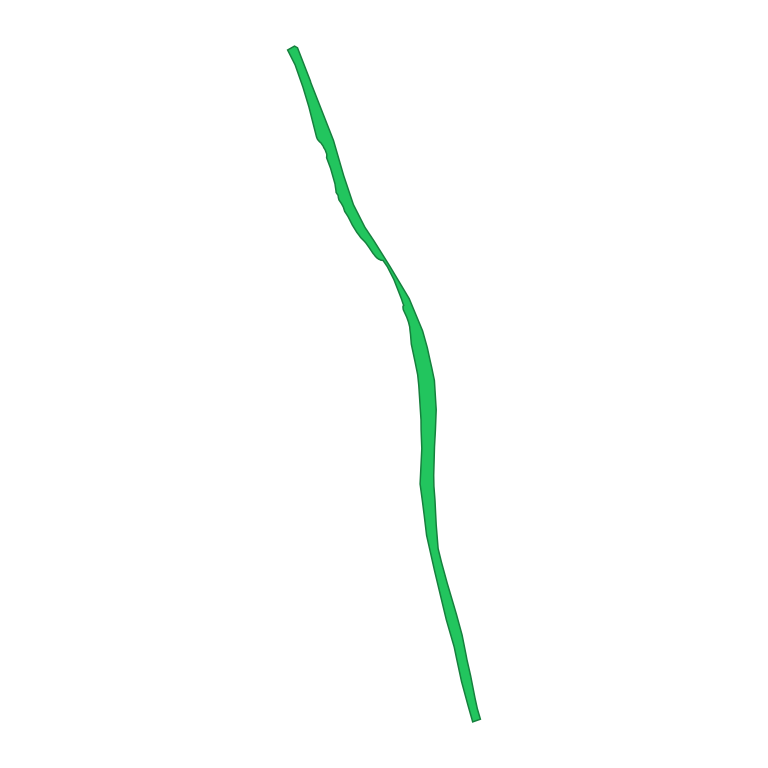 the district of Lofeagai, Tuvalu
{"feature_id": "33948139B40181736549417", "entity_name": "Lofeagai", "entity_type": "district", "adm_level": 2, "iso_a3": "TUV", "parent_name": "Tuvalu", "parent_adm1": "", "projection": "orthographic", "projection_center": [179.19, -8.479], "detail": "fine", "context": "isolated", "style": "filled", "palette": "green", "viewbox_px": 768, "rotation_deg": 0, "n_neighbors": 0, "source": "geoboundaries", "source_scale": "gbopen_adm2", "svg_char_len": 1648}
<svg xmlns="http://www.w3.org/2000/svg" viewBox="0 0 768 768"><path d="M480.4,719.2L477.3,708.6L475.0,698.1L470.6,675.7L466.9,659.5L466.2,655.7L462.1,635.1L456.5,614.6L449.8,591.9L447.3,583.5L441.4,562.0L438.1,548.5L436.2,524.8L435.6,513.1L435.0,500.6L433.9,486.1L433.7,475.3L434.5,446.7L435.1,435.8L435.4,430.3L436.2,409.8L434.4,380.5L431.8,368.0L429.9,359.6L427.3,347.7L422.6,330.9L409.2,298.7L403.5,289.1L389.7,266.0L384.5,257.7L373.9,240.8L364.9,227.3L353.4,204.6L347.5,187.0L343.7,175.7L333.5,140.5L310.6,82.1L310.5,81.3L297.5,47.8L294.5,46.1L287.6,50.0L291.1,56.9L295.1,64.8L302.9,87.0L308.9,106.9L316.5,136.9L317.2,138.7L317.7,139.6L319.4,141.6L321.1,143.1L321.8,144.2L323.2,146.2L323.8,147.7L325.1,149.7L325.9,151.9L326.7,153.9L326.8,155.6L326.6,157.7L330.6,168.4L335.0,183.9L335.4,186.9L335.7,188.8L336.0,190.9L336.1,192.4L337.0,193.8L338.1,195.4L338.4,197.8L339.0,200.0L341.5,203.7L343.3,207.0L344.7,211.4L348.0,216.5L349.7,219.8L352.3,225.0L356.8,232.3L358.4,234.4L360.8,237.7L362.6,239.5L364.2,241.1L365.8,242.9L368.9,247.2L373.1,253.5L374.0,254.5L375.0,255.9L375.9,256.9L377.1,258.1L378.9,259.3L379.6,259.5L380.6,260.1L381.8,260.3L383.0,260.4L383.2,260.7L387.4,266.8L393.9,279.6L398.6,291.6L401.6,299.3L402.2,301.2L402.9,303.3L403.8,305.4L403.0,306.2L403.0,307.7L403.3,309.7L406.8,317.3L408.5,322.1L409.7,326.9L410.0,330.2L410.5,334.2L411.3,344.1L415.1,362.0L417.7,374.9L418.8,385.7L421.0,419.8L421.1,430.0L421.8,448.6L420.1,484.0L422.5,501.8L424.3,516.1L426.6,535.4L434.5,570.5L440.1,593.9L446.3,619.7L454.2,647.0L456.5,658.1L461.5,681.4L467.9,705.0L472.7,721.9L480.4,719.2Z" fill="#22c55e" stroke="#15803d" stroke-width="1.5"/></svg>